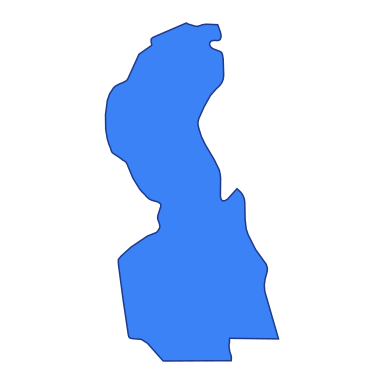 the border of White Nile
{"feature_id": "SDN-879", "entity_name": "White Nile", "entity_type": "State", "adm_level": 1, "iso_a3": "SDN", "parent_name": "Sudan", "parent_adm1": "", "projection": "mercator", "projection_center": [32.247, 13.605], "detail": "fine", "context": "isolated", "style": "filled", "palette": "blue", "viewbox_px": 384, "rotation_deg": 0, "n_neighbors": 0, "source": "natural_earth", "source_scale": "10m", "svg_char_len": 2093}
<svg xmlns="http://www.w3.org/2000/svg" viewBox="0 0 384 384"><path d="M278.5,338.9L229.7,338.3L229.4,338.8L229.4,339.3L229.5,339.9L229.5,340.5L229.5,341.9L229.1,344.4L229.0,345.7L229.1,347.1L229.8,351.9L231.1,355.6L231.3,356.8L231.4,358.1L231.2,360.7L197.2,360.8L163.2,361.0L147.4,343.2L141.4,339.4L132.3,338.6L130.8,338.3L129.4,337.7L128.7,336.4L128.3,334.7L123.0,298.9L118.4,264.0L118.3,259.8L118.7,259.0L121.0,256.2L131.0,247.1L147.3,236.1L156.2,232.6L156.8,232.1L157.5,231.3L158.7,229.6L159.3,228.5L159.7,227.6L159.8,226.9L159.8,226.2L159.8,225.6L159.3,223.3L157.9,219.6L157.7,218.4L157.6,217.2L157.9,215.4L160.7,206.6L160.9,205.2L160.8,204.4L160.6,204.1L160.2,203.6L159.8,203.2L158.1,202.1L157.6,201.9L151.9,200.3L149.6,199.2L148.7,198.6L146.1,196.2L145.2,195.0L142.4,192.3L139.7,189.1L132.9,178.1L127.0,163.9L125.9,162.1L125.5,161.8L125.1,161.4L122.8,160.1L118.4,156.7L114.8,154.5L112.6,152.9L112.3,152.6L112.0,152.2L111.5,151.3L111.1,150.3L110.5,148.1L108.8,144.0L107.2,138.4L105.7,129.0L105.5,114.6L107.3,100.7L107.5,99.9L109.8,93.5L113.6,87.8L115.1,86.4L115.9,85.8L119.7,83.8L122.8,82.6L125.2,81.4L126.1,80.8L126.9,80.1L127.8,78.9L138.7,54.9L139.0,54.3L139.6,53.8L151.2,45.7L151.7,45.2L151.7,44.6L151.4,43.1L151.1,41.4L151.1,39.2L152.2,38.0L153.5,37.1L186.3,23.0L188.0,24.0L195.6,26.3L196.5,26.3L197.7,26.3L200.7,25.4L202.4,24.7L206.2,24.2L217.7,24.7L220.2,31.5L220.9,34.3L221.1,36.9L220.2,39.4L219.0,40.3L217.1,40.6L214.9,40.4L212.5,40.6L210.7,41.4L209.7,43.0L209.7,45.2L211.0,47.3L212.9,48.7L220.0,51.4L221.1,52.1L221.9,53.0L222.6,55.2L223.2,59.1L223.7,75.4L223.2,79.2L221.9,82.6L219.6,85.7L216.3,88.8L210.4,95.5L204.0,107.0L198.9,118.4L198.2,121.0L197.9,123.0L198.1,125.1L198.7,128.0L201.3,136.4L205.3,144.7L214.2,159.6L219.3,170.1L220.2,174.4L220.6,178.1L220.4,195.9L221.0,199.1L222.4,200.8L224.9,200.7L227.6,199.1L237.0,188.7L240.6,192.1L241.9,193.7L243.3,196.2L244.3,198.9L244.8,202.8L245.1,219.4L246.2,228.9L248.1,234.7L255.5,249.4L266.2,264.3L267.3,267.8L267.3,271.0L265.0,279.5L264.3,285.2L264.8,291.5L278.5,338.9Z" fill="#3b82f6" stroke="#1e3a8a" stroke-width="1.5"/></svg>